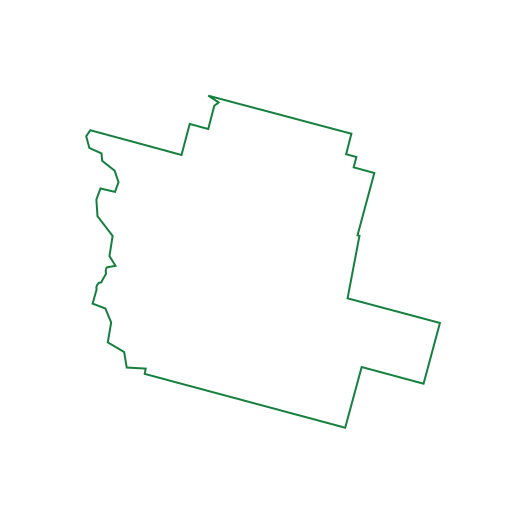 Greer, Oklahoma, United States of America (Robinson projection), rotated 195°
{"feature_id": "52423323B82267660013487", "entity_name": "Greer", "entity_type": "district", "adm_level": 2, "iso_a3": "USA", "parent_name": "United States of America", "parent_adm1": "Oklahoma", "projection": "robinson", "projection_center": [-99.448, 34.921], "detail": "fine", "context": "isolated", "style": "outline", "palette": "green", "viewbox_px": 512, "rotation_deg": 195, "n_neighbors": 0, "source": "geoboundaries", "source_scale": "gbopen_adm2", "svg_char_len": 787}
<svg xmlns="http://www.w3.org/2000/svg" viewBox="0 0 512 512"><g transform="rotate(195 256 256)"><path d="M61.1,176.0L61.0,238.9L156.6,238.8L161.3,302.3L163.3,302.3L163.2,366.8L184.6,366.9L184.7,377.6L195.3,377.6L195.5,398.8L343.6,398.5L331.8,394.7L335.2,390.2L335.0,366.3L354.2,366.4L354.1,334.3L448.6,334.6L451.0,327.7L444.9,317.2L431.8,315.1L429.2,308.1L414.6,301.8L407.9,291.7L408.8,281.4L423.7,281.0L424.8,269.2L419.4,253.4L399.7,238.3L397.5,217.9L389.2,210.2L397.1,206.4L397.5,204.4L397.2,202.4L396.3,199.8L396.8,198.0L398.2,192.7L398.6,190.5L400.9,189.4L402.0,186.7L402.1,184.3L401.3,182.4L401.5,167.7L387.9,166.3L378.7,154.3L376.8,134.2L358.5,129.1L352.0,114.8L333.4,118.7L333.0,113.3L125.4,113.2L125.2,176.1L61.1,176.0Z" fill="none" stroke="#15803d" stroke-width="2"/></g></svg>